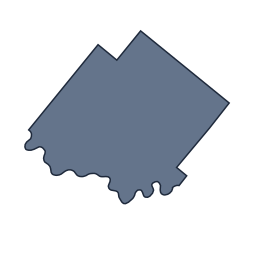 the district of Burt, Nebraska, United States of America, rotated 129°
{"feature_id": "52423323B77743332885702", "entity_name": "Burt", "entity_type": "district", "adm_level": 2, "iso_a3": "USA", "parent_name": "United States of America", "parent_adm1": "Nebraska", "projection": "robinson", "projection_center": [-96.168, 41.865], "detail": "fine", "context": "isolated", "style": "filled", "palette": "slate", "viewbox_px": 256, "rotation_deg": 129, "n_neighbors": 0, "source": "geoboundaries", "source_scale": "gbopen_adm2", "svg_char_len": 1736}
<svg xmlns="http://www.w3.org/2000/svg" viewBox="0 0 256 256"><g transform="rotate(129 128 128)"><path d="M82.1,203.7L192.0,204.0L192.1,201.7L192.5,200.6L193.3,199.3L195.3,197.8L197.6,196.9L202.6,197.9L205.4,197.6L207.6,196.2L208.5,194.8L208.8,194.0L208.7,193.2L208.4,192.4L207.8,191.3L206.3,189.4L203.6,187.6L198.5,185.2L197.5,183.7L197.2,182.4L197.2,181.1L197.8,178.4L198.4,177.5L200.2,176.4L202.2,175.8L204.6,174.6L206.2,172.7L206.8,171.2L206.5,167.1L207.0,164.4L208.5,162.3L210.8,159.8L211.4,158.1L211.3,156.7L210.5,154.9L209.7,153.7L207.7,151.9L205.8,150.9L201.5,149.8L200.0,149.2L198.1,148.0L196.8,146.5L196.2,145.3L195.7,143.4L195.7,142.3L196.7,138.3L196.6,136.6L195.9,134.8L194.6,133.0L193.9,132.3L191.5,130.7L189.0,129.8L187.4,128.8L186.1,127.5L185.1,126.4L184.2,125.2L183.7,123.9L183.5,122.8L183.3,119.8L182.8,118.4L181.6,116.8L179.6,114.6L178.4,112.7L178.3,111.1L178.7,110.1L179.3,109.3L180.9,108.3L185.0,107.0L185.9,106.4L186.9,104.8L187.1,103.6L186.9,102.1L184.6,97.9L184.2,96.1L184.5,94.9L184.9,94.3L187.3,91.7L188.0,90.2L189.4,86.3L189.5,84.4L189.3,83.6L188.3,82.3L185.3,80.9L180.1,80.0L178.7,80.0L176.2,80.5L174.2,81.4L173.1,81.6L170.7,81.5L170.0,81.2L168.6,79.8L168.3,79.2L168.1,78.2L168.9,76.2L170.5,73.6L170.9,72.7L171.0,71.8L170.6,70.7L169.4,69.1L167.2,68.1L163.3,67.9L160.2,69.0L159.4,70.1L158.0,72.8L157.3,73.7L156.7,74.0L155.3,74.1L153.0,73.2L151.6,72.0L151.1,71.4L151.0,70.5L151.1,68.9L152.2,66.6L155.9,64.0L157.4,62.3L158.0,60.8L157.9,59.4L157.3,57.8L156.7,57.1L154.5,55.4L152.3,54.6L149.5,54.4L146.9,55.3L146.3,55.9L144.6,55.5L143.7,55.1L142.1,54.1L141.1,53.0L140.6,52.1L128.2,52.3L128.1,65.4L77.0,64.6L44.9,65.1L44.6,179.3L82.3,179.4L82.1,203.7Z" fill="#64748b" stroke="#1e293b" stroke-width="1.5"/></g></svg>